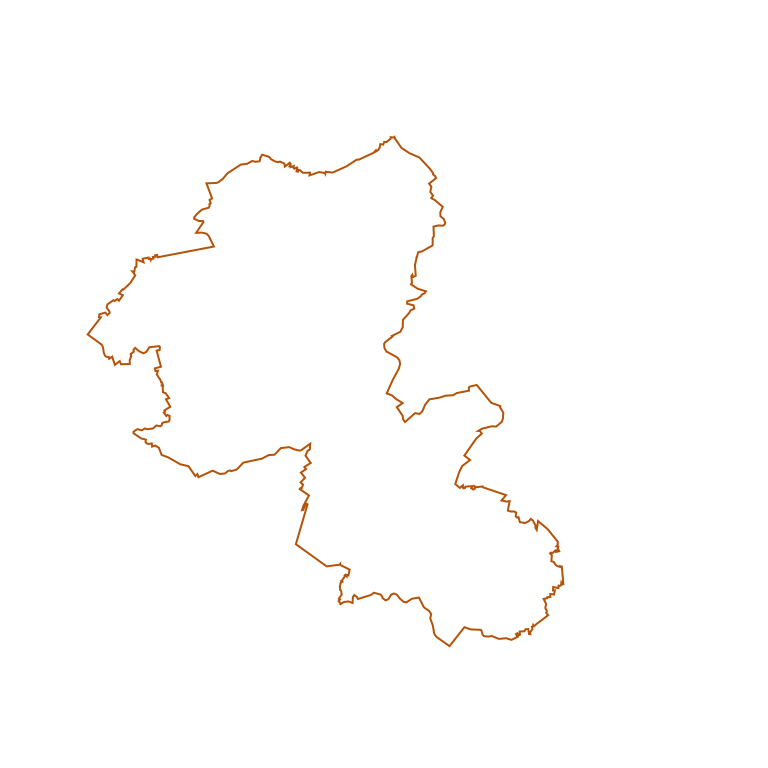 the district of Amatlán de los Reyes, Veracruz, Mexico, rotated 128°
{"feature_id": "50627088B96497314595086", "entity_name": "Amatlán de los Reyes", "entity_type": "district", "adm_level": 2, "iso_a3": "MEX", "parent_name": "Mexico", "parent_adm1": "Veracruz", "projection": "albers", "projection_center": [-96.873, 18.873], "detail": "fine", "context": "isolated", "style": "outline", "palette": "amber", "viewbox_px": 768, "rotation_deg": 128, "n_neighbors": 0, "source": "geoboundaries", "source_scale": "gbopen_adm2", "svg_char_len": 6154}
<svg xmlns="http://www.w3.org/2000/svg" viewBox="0 0 768 768"><g transform="rotate(128 384 384)"><path d="M482.4,116.6L479.0,116.0L465.1,112.3L464.5,115.3L462.8,115.7L461.2,119.0L457.5,120.8L455.1,125.9L452.4,123.6L451.6,124.1L449.3,121.8L447.1,123.7L445.2,120.4L441.4,122.3L442.6,123.7L439.8,125.7L437.5,120.9L435.4,122.3L434.8,121.1L433.6,120.6L431.1,122.1L431.9,119.8L431.3,119.4L418.4,131.5L419.1,133.1L419.8,132.7L420.8,135.4L420.8,137.7L419.7,140.6L420.6,143.0L415.7,146.2L415.2,148.9L414.1,148.7L413.5,147.1L409.8,146.5L410.5,145.1L407.9,143.0L407.2,144.4L408.3,145.2L404.8,146.6L405.7,148.2L403.9,148.1L401.3,150.0L397.6,165.9L397.1,178.2L404.9,173.9L404.1,176.1L402.1,177.6L399.9,182.7L400.0,185.3L402.6,185.3L406.7,187.2L409.2,191.9L406.1,196.0L407.4,197.0L407.1,198.8L403.9,200.8L404.4,203.1L406.4,205.5L407.5,208.5L398.9,212.9L401.3,215.1L403.4,219.7L396.4,219.4L404.5,242.4L404.0,243.2L408.5,247.7L408.8,249.5L410.6,248.0L412.3,248.8L412.4,251.1L409.8,251.2L414.8,256.7L416.0,256.2L417.1,256.8L417.2,257.8L415.3,259.5L419.1,260.2L419.0,266.2L406.6,270.7L400.5,271.9L390.9,269.4L390.9,276.6L370.2,277.7L362.8,276.4L362.0,279.5L362.9,280.8L359.1,279.4L350.9,273.0L348.5,269.4L341.2,267.9L337.9,269.1L333.2,272.3L330.8,278.4L329.8,278.8L332.8,287.8L327.7,310.4L333.5,315.0L334.9,314.8L336.9,312.9L346.5,321.2L350.2,322.5L355.3,328.3L360.6,331.9L368.2,338.8L375.2,338.8L381.2,337.1L384.0,337.3L385.7,337.6L387.9,341.6L401.0,344.0L400.0,347.4L397.6,349.7L394.3,359.7L387.5,357.5L388.4,365.0L388.1,371.0L389.8,376.1L375.4,379.6L362.5,381.8L358.1,383.8L355.8,386.4L354.9,390.1L356.9,402.1L355.3,405.9L352.3,408.6L350.0,408.8L341.5,406.5L341.3,407.4L332.9,403.3L327.7,404.2L321.8,408.6L312.6,407.9L309.6,408.4L306.1,406.6L303.8,409.1L306.5,415.3L304.6,416.6L296.4,410.3L292.3,409.0L290.3,409.3L287.7,407.9L285.1,408.0L288.2,416.1L288.8,424.1L287.1,424.3L282.0,428.9L280.5,429.0L281.9,427.1L279.2,425.6L271.4,432.7L264.5,436.0L265.1,436.8L264.1,436.1L259.1,438.2L256.1,435.7L244.8,431.0L239.2,435.4L236.8,435.7L229.5,441.9L225.5,438.7L223.1,435.2L221.3,434.4L219.4,434.9L217.2,438.4L217.1,442.8L213.9,445.4L208.2,446.8L207.8,457.5L208.4,461.2L205.4,461.3L204.1,465.8L199.4,468.1L198.3,471.8L189.6,469.7L188.6,472.1L188.6,474.4L187.7,474.9L186.1,480.5L183.7,495.6L186.4,505.7L187.2,515.6L183.7,526.8L182.8,527.9L183.9,528.2L185.4,530.7L186.7,529.8L191.9,531.0L193.1,532.9L195.8,532.0L197.3,534.6L200.1,533.0L203.1,532.6L205.7,533.5L205.0,534.3L208.1,534.5L222.6,541.9L224.0,543.6L235.8,547.7L249.1,554.7L252.6,560.6L254.4,559.8L254.1,560.3L256.9,565.6L265.4,571.1L263.0,572.4L267.5,577.9L267.3,582.4L267.9,583.2L269.6,582.4L270.2,583.9L267.0,585.5L267.0,586.1L269.6,587.2L269.4,588.6L267.8,589.3L270.4,591.0L269.8,591.3L270.6,592.5L268.1,593.0L267.7,594.5L273.7,596.0L271.6,598.3L272.8,603.0L274.3,604.0L275.6,606.5L276.4,611.2L275.8,614.5L278.3,621.2L281.7,620.8L284.7,619.2L285.6,619.6L288.1,622.2L289.4,625.2L294.7,627.4L299.2,631.9L314.4,637.1L321.3,637.3L326.9,638.7L328.6,639.7L335.2,647.4L343.6,633.7L346.4,634.8L348.3,631.8L349.8,632.3L350.5,631.3L352.9,630.6L358.8,634.9L364.8,636.0L369.4,636.2L370.7,635.4L369.5,630.2L367.0,626.9L367.5,626.0L380.5,625.1L376.7,620.5L374.8,616.3L375.4,612.9L380.4,602.7L423.4,640.3L422.0,642.3L423.5,643.6L424.5,642.5L426.2,644.3L427.1,642.9L428.9,644.4L430.0,644.1L429.2,645.5L430.2,646.3L429.3,647.4L433.9,651.3L436.1,648.4L438.2,655.7L444.0,651.3L444.6,652.0L446.0,651.6L449.3,649.9L450.2,651.6L451.5,646.9L460.7,646.1L470.1,647.5L470.4,648.3L475.8,648.6L474.8,644.5L481.5,644.1L481.2,646.5L484.5,647.4L484.5,648.8L491.6,651.0L494.6,649.6L495.9,645.0L496.9,643.9L500.0,644.4L499.3,647.6L504.3,651.2L506.7,649.8L505.8,648.2L527.4,648.0L526.8,630.7L528.1,628.0L532.0,623.9L533.4,621.3L533.5,619.7L532.1,617.3L533.3,616.1L529.8,615.0L534.6,607.9L528.7,606.3L530.4,603.4L524.7,596.7L521.7,599.1L517.5,600.4L516.4,602.1L512.5,601.0L511.3,602.5L508.7,602.3L509.0,597.2L507.9,592.5L505.1,591.1L499.5,591.5L492.5,584.4L492.8,583.4L495.3,581.7L497.7,583.7L507.7,570.4L512.8,574.2L514.5,572.0L512.7,570.3L516.4,568.9L518.5,562.6L519.9,560.6L519.4,560.0L521.2,557.3L522.5,559.2L521.6,557.4L526.6,553.1L525.7,550.3L527.4,544.6L530.3,546.4L533.5,538.4L540.0,540.8L540.6,539.4L542.2,539.9L543.3,535.8L541.7,535.5L541.4,533.7L540.4,533.9L544.5,530.8L546.2,530.6L549.4,533.7L551.6,534.7L553.4,533.7L555.0,534.2L556.8,537.8L561.3,538.7L565.2,542.5L566.3,545.1L569.6,546.3L571.4,550.5L575.6,552.0L577.0,551.1L576.4,541.8L574.4,537.4L576.7,536.1L576.9,534.7L576.4,532.8L573.8,530.4L576.1,528.2L573.3,526.2L572.9,522.1L576.8,515.5L574.7,508.9L572.7,495.1L569.1,487.5L572.7,476.0L569.9,475.6L571.7,472.8L557.8,465.7L556.0,458.1L555.1,457.0L552.3,454.2L548.6,453.4L546.9,452.0L546.7,450.7L542.1,447.4L532.5,446.4L517.9,434.2L511.0,431.1L507.2,426.8L498.0,425.8L492.1,419.8L490.8,414.7L488.6,409.7L487.4,408.6L476.5,405.4L481.3,402.1L483.5,403.1L488.8,401.8L491.3,393.1L498.4,395.7L499.0,393.0L505.0,395.0L506.5,388.5L512.9,389.2L513.2,385.8L517.7,384.5L517.6,385.7L518.7,385.7L518.0,374.5L529.3,372.6L533.8,370.9L532.9,370.2L526.2,372.0L525.9,370.2L564.5,354.8L563.0,316.9L554.1,308.1L552.8,307.9L553.6,307.4L551.4,296.8L556.7,294.2L557.2,295.5L558.5,294.8L558.1,297.0L559.2,297.2L559.8,296.4L564.6,296.2L565.2,295.2L565.9,296.2L566.3,295.4L567.1,295.8L570.5,294.3L573.3,291.7L573.2,290.8L575.9,287.7L581.0,287.4L580.8,286.0L583.0,286.1L583.6,282.8L585.2,283.1L580.4,281.3L577.2,278.1L575.9,274.0L571.0,277.4L568.6,277.5L568.5,274.2L569.5,272.2L558.3,264.4L554.7,263.4L552.0,257.1L552.7,254.2L553.6,253.4L553.5,249.5L551.0,248.1L545.3,248.6L543.0,247.2L542.1,244.1L543.3,239.5L543.6,234.3L542.2,231.9L535.9,229.7L530.8,225.0L535.4,215.0L535.1,208.8L536.2,205.2L540.3,203.2L544.1,197.0L549.4,191.2L550.5,189.0L551.0,186.6L550.2,171.0L526.1,170.9L524.1,164.7L518.4,156.8L518.1,155.7L520.7,152.1L521.1,149.8L518.5,145.9L516.3,144.1L514.1,136.5L509.2,131.3L507.1,126.0L500.9,123.0L499.9,126.0L498.2,125.4L498.8,123.0L497.8,122.5L495.5,124.7L492.4,121.1L490.0,121.5L488.3,119.4L491.7,115.8L491.0,114.6L489.8,116.0L485.7,116.1L484.2,118.0L483.2,117.4L482.0,118.0L482.4,116.6Z" fill="none" stroke="#b45309" stroke-width="2"/></g></svg>